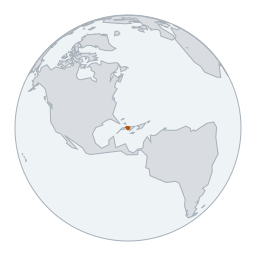 Camagüey highlighted on a globe, orthographic projection, rotated 328°
{"feature_id": "CUB-1364", "entity_name": "Camagüey", "entity_type": "Province", "adm_level": 1, "iso_a3": "CUB", "parent_name": "Cuba", "parent_adm1": "", "projection": "orthographic", "projection_center": [-77.855, 21.478], "detail": "coarse", "context": "on_globe", "style": "filled", "palette": "amber", "viewbox_px": 256, "rotation_deg": 328, "n_neighbors": 0, "source": "natural_earth", "source_scale": "10m", "svg_char_len": 9330}
<svg xmlns="http://www.w3.org/2000/svg" viewBox="0 0 256 256"><g transform="rotate(328 128 128)"><circle cx="128" cy="128" r="113" fill="#eef3f6" stroke="#a8b0b8"/><path d="M127.4,153.6L124.7,152.4L122.1,155.7L112.9,150.2L109.7,143.5L81.7,130.4L78.9,126.6L79.0,120.9L70.5,100.8L73.8,119.0L70.3,115.1L67.7,108.3L69.4,107.1L68.0,97.5L65.0,93.4L65.7,81.8L73.2,68.7L74.0,71.2L75.8,68.0L74.9,64.9L73.8,63.6L78.6,51.1L76.7,43.5L72.5,43.9L76.3,41.9L65.9,44.9L62.5,44.1L68.5,43.4L70.9,42.2L69.7,40.7L71.9,39.2L72.6,37.7L75.3,36.1L78.6,36.2L80.4,35.3L79.5,34.3L81.6,32.4L82.7,34.0L86.5,30.9L92.7,31.3L93.4,37.9L99.1,38.0L105.7,44.8L107.3,43.3L110.8,45.4L114.1,44.6L114.4,46.4L116.7,44.2L115.8,42.8L116.5,41.4L118.3,40.9L119.0,43.0L118.2,43.5L119.3,43.9L118.9,45.3L120.1,44.3L120.8,47.1L122.8,43.6L125.6,45.3L125.3,47.4L121.8,48.1L112.5,55.7L111.2,58.6L112.7,61.7L123.0,65.5L123.0,68.6L125.5,72.1L127.1,69.8L125.8,66.3L129.4,63.3L127.3,59.7L128.5,58.1L127.8,54.3L131.6,54.1L135.8,56.0L136.7,59.2L138.5,60.3L140.8,56.8L145.3,62.7L153.3,66.8L154.1,68.7L150.0,72.5L142.3,73.3L137.1,79.6L144.3,74.9L146.0,80.0L147.9,80.8L150.1,80.3L150.9,78.2L152.3,80.0L145.7,85.0L144.3,83.4L146.4,81.7L142.8,82.3L138.3,86.3L139.6,88.9L131.5,93.1L132.3,95.2L131.0,97.4L130.3,93.8L131.4,100.6L122.2,108.4L123.5,120.6L118.0,111.2L113.6,110.1L108.2,110.3L108.3,112.2L101.0,110.5L94.6,114.3L92.4,123.8L95.0,131.3L103.0,132.0L105.4,128.0L111.3,127.4L107.2,138.2L117.5,140.0L116.5,148.1L119.6,152.2L124.7,151.1L130.0,153.0L133.7,148.3L139.7,145.5L139.9,152.0L143.2,145.8L146.6,148.8L158.5,147.5L157.6,149.0L167.6,155.5L178.2,157.1L180.6,161.3L179.4,164.3L183.0,164.4L183.1,166.2L197.1,165.8L203.9,168.2L203.5,174.3L197.3,182.8L190.7,197.7L179.4,204.4L175.9,210.0L165.9,218.3L159.1,218.8L160.4,221.7L156.1,224.1L151.5,224.7L150.1,226.8L146.7,227.2L148.6,228.3L142.5,231.2L143.5,233.0L138.8,235.0L139.6,235.8L138.1,235.9L136.3,236.3L135.9,236.8L131.5,236.1L130.9,233.9L133.0,232.7L131.0,232.5L135.4,229.0L133.0,229.8L134.7,224.1L138.6,218.8L142.2,201.9L140.0,198.4L131.5,194.4L121.4,180.1L124.2,174.0L122.0,171.1L129.4,162.1L127.4,153.6ZM23.8,102.2L24.6,99.7L24.6,101.8L23.8,102.2ZM24.9,97.9L24.6,98.8L24.8,98.0L24.9,97.9ZM24.8,97.1L24.8,97.7L24.7,97.3L24.8,97.1ZM24.6,96.4L24.7,96.7L24.7,96.8L24.6,96.4ZM123.0,124.8L134.8,130.3L128.2,131.2L129.4,130.1L126.4,127.8L120.9,125.6L115.0,126.9L123.0,124.8ZM24.6,94.5L24.6,94.0L24.9,94.0L24.6,94.5ZM128.1,118.0L126.0,117.6L128.0,117.5L128.1,118.0ZM73.0,63.4L74.6,65.0L74.6,68.6L73.1,67.3L73.0,63.4ZM73.3,57.2L74.7,57.3L72.6,60.3L72.5,59.3L73.3,57.2ZM69.0,44.7L69.9,45.5L68.3,45.3L69.0,44.7ZM72.2,37.7L71.3,38.1L72.0,37.2L72.2,37.7ZM125.7,54.8L126.7,54.6L126.3,55.4L125.7,54.8ZM124.4,53.4L123.2,54.5L122.4,54.0L123.2,53.4L124.4,53.4ZM76.8,34.1L78.4,32.7L77.4,34.1L76.8,34.1ZM126.0,52.3L121.2,53.1L119.8,52.3L121.5,49.2L126.0,52.3ZM79.6,32.0L83.2,29.0L81.4,29.3L88.5,27.1L83.1,30.1L82.2,31.7L81.3,31.3L79.6,32.0ZM114.7,42.5L115.7,44.1L113.2,43.3L114.7,42.5ZM112.9,42.4L104.1,42.7L103.5,40.4L106.5,40.7L104.4,38.3L108.4,37.0L110.5,38.0L110.1,39.7L111.9,38.0L112.9,42.4ZM91.8,26.4L93.1,25.8L92.3,26.5L91.8,26.4ZM116.5,40.8L114.8,41.0L114.1,38.9L117.5,38.2L116.6,39.1L116.5,40.8ZM101.8,38.5L101.9,37.0L105.2,35.4L105.7,34.7L108.4,36.8L101.8,38.5ZM117.7,39.3L119.2,38.0L121.1,38.5L118.2,40.5L117.7,39.3ZM112.6,38.7L112.4,37.8L113.6,38.1L112.6,38.7ZM128.9,40.0L126.9,40.1L126.4,39.0L128.9,40.0ZM119.6,37.5L118.9,37.3L118.5,36.9L119.8,36.2L119.6,37.5ZM110.5,35.7L111.9,35.4L109.6,34.7L111.9,33.7L113.4,35.4L113.7,34.3L114.5,34.0L114.8,35.7L110.5,35.7ZM119.9,34.5L122.5,36.5L126.4,36.6L127.0,37.5L120.6,37.3L119.9,34.5ZM116.9,35.0L118.9,34.8L118.6,36.0L117.0,36.8L116.9,35.0ZM113.0,32.5L109.1,33.6L108.9,33.2L113.0,32.5ZM121.1,34.2L120.4,33.8L121.4,34.1L121.1,34.2ZM115.6,32.7L114.2,33.1L114.0,32.7L115.6,32.7ZM120.3,32.6L121.1,33.2L120.1,33.7L120.3,32.6ZM118.2,32.5L118.3,31.8L119.2,33.5L117.6,32.7L118.2,32.5ZM115.7,32.3L115.1,32.1L116.3,32.2L115.7,32.3ZM123.7,30.5L125.1,32.5L122.8,33.6L121.8,31.4L123.7,30.5ZM138.7,237.5L131.8,236.4L135.8,236.9L139.0,236.0L142.4,236.8L138.7,237.5ZM147.9,234.8L151.4,234.0L152.1,234.2L149.9,234.8L147.9,234.8ZM214.3,55.7L215.1,56.6L212.4,53.7L206.6,47.4L214.3,55.7ZM198.1,39.8L199.8,41.2L200.2,41.6L201.7,42.8L202.8,43.8L202.3,43.4L200.9,42.2L201.4,42.8L207.9,49.0L209.4,50.2L212.5,54.5L215.3,57.2L217.2,59.8L213.3,56.3L211.4,54.3L206.6,52.4L208.9,54.8L213.5,56.9L213.4,57.4L216.6,61.2L214.1,58.8L208.4,56.4L209.3,61.1L215.5,73.6L215.0,76.5L212.1,77.0L204.6,67.5L206.7,62.1L204.1,59.2L199.2,57.1L200.3,55.8L198.6,54.4L198.9,52.5L195.1,47.4L194.8,45.4L189.0,41.4L188.1,40.0L191.8,42.7L194.2,43.7L193.0,39.6L191.5,38.2L187.8,36.0L188.0,35.4L184.6,33.9L181.8,31.2L182.4,33.4L178.1,31.4L174.1,28.9L172.8,28.8L179.3,32.9L181.8,34.3L183.8,34.8L190.7,39.5L192.0,41.4L185.2,38.4L186.3,41.0L180.5,37.9L166.6,27.9L162.9,25.1L165.8,23.5L169.1,24.8L169.7,25.9L173.0,26.3L170.9,25.6L171.0,25.2L167.0,23.7L166.8,23.4L163.2,22.6L162.6,22.1L164.9,22.6L158.4,20.4L156.0,19.3L154.6,19.0L153.8,19.0L151.3,17.9L150.3,17.8L150.8,18.0L149.2,18.0L145.5,17.6L144.9,17.2L146.1,17.3L147.8,17.2L151.2,17.8L150.6,17.6L147.4,17.1L145.4,17.2L143.3,17.1L143.8,16.8L143.5,16.9L142.3,16.7L140.4,16.4L139.7,16.6L127.1,16.8L122.3,16.5L124.1,16.0L114.6,16.9L109.9,17.2L110.4,17.3L106.1,18.2L107.5,18.1L107.4,18.3L97.1,21.6L94.2,22.4L90.2,24.6L90.4,24.8L92.4,24.3L88.5,27.1L81.4,29.3L81.3,28.8L77.0,30.9L77.3,29.5L75.5,29.6L78.4,27.4L76.7,28.0L75.2,28.8L71.9,30.4L71.2,30.7L77.5,27.3L78.2,27.0L82.0,26.2L81.0,26.0L83.2,25.1L84.1,24.5L83.3,24.7L81.9,25.3L84.8,24.0L92.3,21.2L100.0,18.9L107.8,17.2L115.7,16.0L123.7,15.4L131.7,15.4L139.6,16.0L147.6,17.1L155.4,18.7L163.1,21.0L170.6,23.7L177.9,27.0L184.9,30.8L191.7,35.1L198.1,39.8ZM240.3,136.6L240.4,132.4L240.4,124.1L240.0,121.9L239.7,124.7L238.9,122.1L238.4,123.3L233.5,134.2L230.3,132.0L222.6,121.2L222.3,114.0L219.3,107.6L214.9,77.1L217.2,76.0L217.4,65.9L218.1,65.7L221.6,70.8L224.6,70.9L221.4,65.5L221.0,64.5L225.5,71.6L229.5,79.1L232.8,86.8L235.6,94.8L237.8,103.0L239.4,111.3L240.3,119.7L240.6,128.1L240.3,136.6ZM220.2,90.3L221.3,92.3L220.2,90.3ZM158.8,147.3L160.3,148.4L158.4,148.7L158.8,147.3ZM127.3,133.9L129.8,134.0L131.1,135.0L129.2,135.4L127.3,133.9ZM147.9,133.1L150.7,133.5L147.8,134.3L147.9,133.1ZM136.6,130.9L145.7,133.1L140.1,135.4L134.3,134.1L138.3,133.3L136.6,130.9ZM127.0,121.9L128.6,122.4L128.1,123.6L127.0,121.9ZM129.5,118.0L128.9,118.1L128.1,117.1L129.5,118.0ZM146.4,79.7L147.0,79.4L149.2,79.4L148.2,80.3L146.4,79.7ZM158.4,74.4L160.4,77.5L158.3,75.8L157.4,77.5L151.9,76.5L154.2,69.6L154.1,72.8L158.4,74.4ZM145.1,73.5L148.4,74.7L144.7,73.7L145.1,73.5ZM188.6,50.0L190.2,49.9L192.2,51.8L192.5,55.2L189.6,52.4L188.6,50.0ZM191.9,49.5L185.1,46.0L184.6,44.1L186.0,45.7L186.4,44.8L188.8,47.2L195.1,49.1L197.2,51.0L196.7,55.6L195.7,53.0L194.2,53.0L191.9,49.5ZM168.4,43.4L165.4,42.7L168.2,39.3L170.7,40.4L171.2,43.6L168.6,44.2L168.4,43.4ZM130.0,47.0L128.7,47.5L128.5,46.8L129.4,45.9L130.0,47.0ZM128.0,40.1L135.6,44.4L134.4,45.1L140.2,47.2L139.5,49.9L135.7,48.4L139.5,52.3L135.9,52.0L138.7,54.5L130.5,50.9L127.4,51.0L131.2,49.7L131.9,47.2L131.3,46.1L127.3,43.4L120.9,42.8L120.6,40.5L122.2,39.0L123.6,38.7L123.3,40.3L125.5,38.9L126.2,41.0L128.0,40.1ZM140.0,26.9L139.0,28.0L143.5,27.0L144.3,28.5L144.7,28.3L146.7,29.4L149.8,30.6L149.6,31.3L151.0,31.5L152.3,32.4L154.0,32.9L154.3,34.5L156.4,35.3L155.3,35.6L159.0,36.7L156.4,36.7L157.8,38.0L159.6,37.4L156.8,46.1L157.7,50.4L159.8,54.1L155.1,53.9L150.1,50.5L145.7,46.0L145.5,42.2L143.4,43.0L142.8,41.4L144.7,41.4L141.3,40.5L141.2,39.3L137.3,36.2L132.4,36.1L130.8,35.1L132.7,34.6L129.9,34.0L132.4,32.4L131.3,31.7L132.7,29.6L137.0,29.3L135.5,28.6L136.5,27.2L140.0,26.9ZM124.2,29.9L129.2,28.8L132.0,29.1L128.3,32.6L129.0,33.5L126.7,36.1L122.7,35.5L123.7,34.8L123.7,34.0L125.0,34.5L124.0,33.5L125.4,32.6L125.0,31.6L126.7,31.4L124.2,29.9ZM216.6,63.0L216.7,62.5L216.3,61.2L218.3,63.8L216.6,63.0ZM212.9,61.5L212.6,60.5L215.2,63.2L215.1,63.9L212.9,61.5ZM210.3,58.0L212.4,60.3L211.2,59.4L210.3,58.0ZM191.3,41.8L190.8,40.9L191.6,41.3L192.9,42.4L191.3,41.8ZM153.6,25.1L152.6,25.5L151.9,25.2L148.2,25.1L147.4,24.2L149.3,23.8L153.6,25.1ZM217.6,60.1L217.5,59.7L218.1,60.8L217.6,60.1ZM152.1,24.1L150.7,24.1L151.1,23.6L152.1,24.1ZM146.6,23.5L146.8,22.9L146.9,24.0L146.6,23.5ZM143.0,18.1L149.0,19.0L152.8,19.5L154.1,19.4L154.9,20.2L149.0,19.4L143.0,18.1ZM129.1,16.9L128.0,17.4L126.8,17.1L129.1,16.9ZM129.7,17.2L131.6,17.9L129.9,18.2L128.7,17.5L129.7,17.2ZM142.1,20.3L143.9,20.6L143.5,20.9L142.1,20.3ZM92.5,25.7L93.1,25.8L91.8,26.1L92.5,25.7ZM108.3,18.2L107.9,18.5L106.5,18.7L108.3,18.2ZM106.1,19.5L108.0,19.1L106.3,19.7L106.1,19.5ZM112.2,18.2L108.9,19.0L111.6,18.0L112.2,18.2Z" fill="#d9dde1" stroke="#a8b0b8" stroke-width="1"/><path d="M127.6,126.8L127.9,127.2L128.0,127.0L128.2,127.4L128.7,127.4L128.8,127.6L128.5,127.1L129.3,127.6L129.3,127.8L128.9,127.7L129.1,128.0L129.3,128.0L129.4,127.7L129.7,128.0L129.4,128.1L129.0,128.9L128.8,128.8L127.8,129.5L126.8,128.9L126.6,127.9L127.2,127.3L127.4,127.4L127.3,127.1L127.6,126.8ZM128.4,126.9L128.3,127.1L127.8,126.8L128.0,126.8L128.4,126.9ZM127.7,126.4L127.2,126.2L127.5,126.1L127.7,126.4ZM128.1,126.7L127.7,126.6L127.7,126.4L128.1,126.7ZM126.9,129.7L127.1,129.9L126.9,129.7L126.9,129.7ZM128.1,126.6L128.0,126.4L128.2,126.6L128.1,126.6Z" fill="#f59e0b" stroke="#b45309" stroke-width="1.5"/></g></svg>